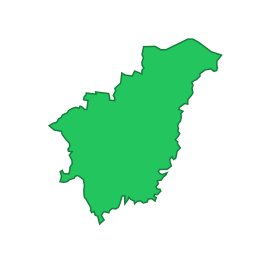 Rondinha, Rio Grande do Sul, Brazil (Natural Earth projection), rotated 281°
{"feature_id": "56859067B57057318855477", "entity_name": "Rondinha", "entity_type": "district", "adm_level": 2, "iso_a3": "BRA", "parent_name": "Brazil", "parent_adm1": "Rio Grande do Sul", "projection": "natural_earth1", "projection_center": [-52.911, -27.827], "detail": "fine", "context": "isolated", "style": "filled", "palette": "green", "viewbox_px": 256, "rotation_deg": 281, "n_neighbors": 0, "source": "geoboundaries", "source_scale": "gbopen_adm2", "svg_char_len": 2263}
<svg xmlns="http://www.w3.org/2000/svg" viewBox="0 0 256 256"><g transform="rotate(281 128 128)"><path d="M63.4,96.2L58.6,96.5L55.0,97.4L51.7,98.4L50.1,100.4L47.5,102.6L44.8,105.0L42.5,106.8L39.9,106.9L38.0,108.6L39.7,110.6L36.2,112.3L35.6,115.1L28.4,118.5L33.2,122.1L37.0,118.6L39.6,119.3L41.4,120.8L41.1,125.3L44.0,125.9L46.1,128.1L46.2,131.5L48.4,133.7L53.1,134.6L59.9,135.0L60.9,137.8L55.2,138.8L52.9,139.4L57.7,141.6L60.3,142.0L58.6,143.9L57.5,148.0L54.9,148.9L57.5,150.8L58.9,154.2L57.3,157.2L59.0,161.0L62.0,161.3L63.2,164.9L61.4,168.5L65.1,169.0L65.8,166.6L67.9,166.8L68.1,169.5L72.3,172.2L74.1,171.0L73.6,168.1L76.0,166.7L79.1,168.5L81.7,166.8L83.3,170.5L86.7,171.9L88.8,174.0L91.4,174.8L88.9,170.7L89.3,168.0L91.2,165.9L93.3,167.0L94.0,170.3L95.0,174.4L98.9,177.8L102.5,175.9L105.2,174.8L108.1,176.6L105.7,178.8L107.3,180.5L110.1,180.7L114.4,180.6L118.6,183.1L121.7,179.6L123.8,179.5L125.6,176.6L129.2,178.7L132.4,179.8L134.2,177.5L137.2,177.6L140.0,176.2L142.8,177.0L144.9,178.2L148.7,178.2L152.4,177.2L154.9,178.8L155.9,174.3L158.1,174.5L160.4,176.7L162.9,179.1L162.8,182.1L167.2,181.3L172.7,184.3L174.9,185.0L179.3,183.2L182.4,183.7L184.9,181.8L187.2,183.9L188.7,186.1L192.7,188.8L194.9,188.2L199.8,192.7L201.8,198.1L200.0,201.5L201.3,204.0L204.0,204.2L207.4,203.0L210.7,202.5L217.4,205.9L218.7,195.2L225.7,180.8L227.6,174.9L226.7,169.8L212.0,150.3L211.1,145.4L213.3,138.8L212.3,134.7L210.8,127.8L202.6,127.8L200.1,129.7L194.8,129.1L192.4,129.9L189.8,132.1L187.4,130.7L183.7,131.3L185.2,123.7L179.8,122.3L179.4,115.1L180.8,111.4L172.8,112.1L170.1,112.0L164.4,107.5L162.1,108.8L157.0,107.3L155.4,109.0L152.4,109.8L151.8,104.6L154.4,104.1L158.1,102.4L157.2,89.3L155.1,90.3L154.4,80.4L152.3,80.4L150.4,79.0L147.3,79.0L147.3,83.5L138.3,84.1L138.0,81.5L139.7,79.3L140.3,76.8L138.1,76.3L138.3,72.9L136.6,69.5L133.7,66.3L131.3,65.5L128.4,61.4L125.4,60.3L123.6,58.1L120.0,57.0L118.1,53.3L115.2,50.1L112.0,55.9L112.0,63.2L109.1,64.7L104.9,69.2L101.7,73.5L98.5,74.4L95.7,73.1L93.8,74.0L94.1,77.7L90.2,75.6L86.0,78.9L82.3,80.1L78.4,78.6L75.5,78.9L71.6,78.7L71.0,73.5L73.9,71.5L72.1,69.8L68.2,71.9L65.4,72.0L62.3,71.5L62.5,75.4L63.8,78.6L66.2,80.5L68.4,84.6L70.7,85.6L71.8,87.9L69.0,94.0L63.4,96.2Z" fill="#22c55e" stroke="#15803d" stroke-width="1.5"/></g></svg>